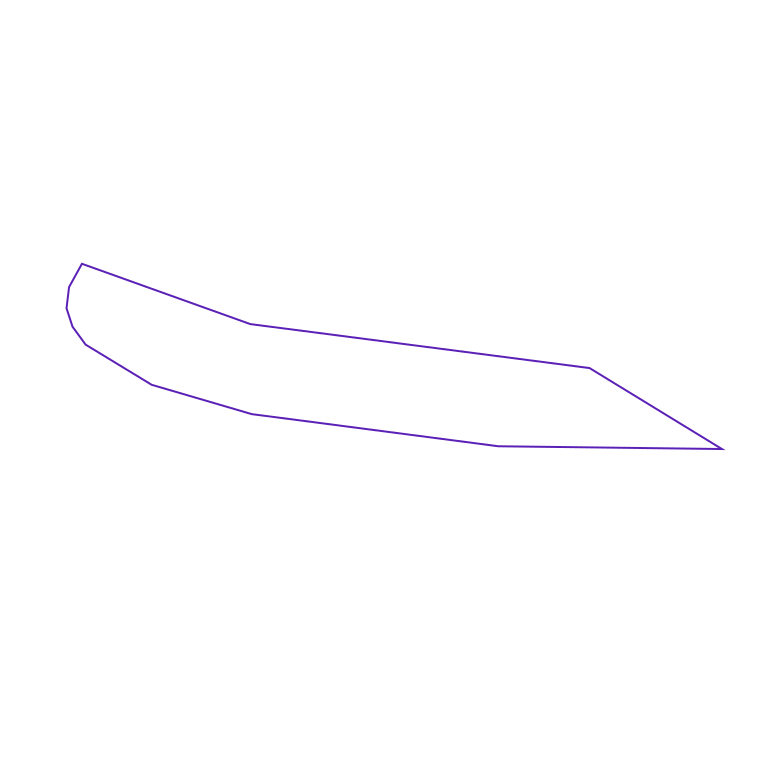 Agaléga, Equal Earth projection, rotated 303°
{"feature_id": "MUS-5180", "entity_name": "Agaléga", "entity_type": "Dependency", "adm_level": 1, "iso_a3": "MUS", "parent_name": "Mauritius", "parent_adm1": "", "projection": "equal_earth", "projection_center": [56.538, -10.365], "detail": "fine", "context": "isolated", "style": "outline", "palette": "violet", "viewbox_px": 768, "rotation_deg": 303, "n_neighbors": 0, "source": "natural_earth", "source_scale": "10m", "svg_char_len": 306}
<svg xmlns="http://www.w3.org/2000/svg" viewBox="0 0 768 768"><g transform="rotate(303 384 384)"><path d="M254.5,112.3L262.4,91.6L274.6,76.5L293.7,67.1L320.3,65.2L361.4,239.2L509.3,547.7L513.5,702.8L394.0,513.7L286.7,289.5L256.8,189.6L254.5,112.3Z" fill="none" stroke="#5b21b6" stroke-width="2"/></g></svg>